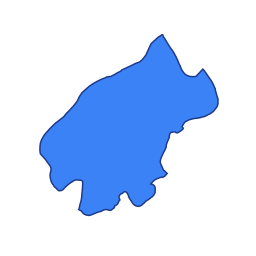 the district of Al Husha, Al Dali', Yemen, rotated 218°
{"feature_id": "15242507B64675128593967", "entity_name": "Al Husha", "entity_type": "district", "adm_level": 2, "iso_a3": "YEM", "parent_name": "Yemen", "parent_adm1": "Al Dali'", "projection": "natural_earth1", "projection_center": [44.455, 13.752], "detail": "fine", "context": "isolated", "style": "filled", "palette": "blue", "viewbox_px": 256, "rotation_deg": 218, "n_neighbors": 0, "source": "geoboundaries", "source_scale": "gbopen_adm2", "svg_char_len": 5667}
<svg xmlns="http://www.w3.org/2000/svg" viewBox="0 0 256 256"><g transform="rotate(218 128 128)"><path d="M109.3,33.2L107.2,33.8L104.8,35.1L103.1,37.5L99.9,43.2L97.9,45.7L97.4,47.0L97.1,47.8L96.7,48.4L95.8,49.6L94.7,50.6L94.1,50.9L92.7,51.3L91.6,52.1L90.9,52.4L90.1,55.3L89.8,56.0L89.8,57.2L90.3,57.6L90.5,58.5L90.1,59.1L89.8,59.9L89.4,61.3L89.4,62.1L89.7,62.8L89.8,63.7L90.2,64.4L90.2,64.6L90.0,65.3L90.0,65.7L90.0,66.1L90.1,66.3L90.4,66.6L90.7,66.8L91.3,67.0L91.6,67.1L92.0,67.4L92.5,68.0L92.9,68.7L93.2,69.4L93.2,69.9L93.2,70.6L93.0,71.4L92.8,72.1L92.4,72.7L92.1,73.4L92.1,74.1L92.0,74.8L91.6,75.5L91.1,75.9L90.4,76.3L89.7,76.5L89.0,76.4L88.5,76.1L88.3,75.9L88.1,75.9L87.4,75.7L86.8,75.4L86.1,75.0L85.6,74.6L84.9,74.1L83.6,73.5L82.9,73.3L82.2,73.0L81.4,72.7L80.8,72.6L79.3,72.0L77.2,71.4L76.5,71.3L75.2,71.3L74.5,71.5L73.7,71.5L73.0,71.9L72.3,72.2L71.7,72.6L71.1,73.0L70.7,73.7L70.3,74.3L70.0,75.1L69.7,75.8L69.4,77.5L69.2,78.2L69.0,79.8L69.0,80.6L68.8,81.5L68.6,82.3L68.0,83.7L67.7,84.4L67.6,85.2L67.3,85.9L67.2,86.7L66.7,88.2L66.6,88.9L66.5,89.8L66.4,90.7L66.5,91.4L66.6,91.6L66.6,92.6L66.9,93.8L68.4,95.9L69.4,97.2L70.5,98.2L71.2,98.6L72.7,98.8L73.6,98.7L75.1,98.3L75.6,98.0L75.6,98.8L75.5,99.7L75.4,101.2L75.1,102.7L75.0,103.5L74.7,104.3L74.4,105.0L73.7,106.3L73.2,107.0L72.9,107.7L72.1,108.9L71.6,109.5L70.3,110.5L69.6,112.0L69.3,113.3L69.2,114.7L69.1,116.3L71.5,116.5L72.2,116.7L72.8,116.8L73.2,116.8L73.7,116.6L74.1,116.7L74.5,116.8L74.8,117.0L75.6,117.5L79.1,119.3L81.2,120.6L81.6,121.1L82.5,122.3L83.3,124.2L83.5,125.3L83.7,125.5L84.1,127.2L84.9,130.6L85.3,133.2L85.9,135.7L86.5,136.9L87.3,138.1L88.0,139.9L88.6,141.9L89.7,146.1L90.3,146.8L90.9,147.8L91.3,148.7L91.5,149.6L91.5,150.8L91.0,151.4L90.2,152.4L89.6,153.0L88.6,153.8L87.1,154.0L86.2,154.4L85.8,155.0L84.5,158.5L84.2,159.9L84.1,161.4L84.4,161.9L85.8,162.2L86.1,162.2L86.3,162.5L86.6,164.3L86.8,167.0L86.8,167.6L86.6,168.4L86.2,169.3L84.7,172.4L81.4,176.6L80.4,177.5L80.1,177.7L79.7,178.1L79.3,178.5L78.9,179.0L78.6,179.5L77.6,180.4L77.3,180.9L76.8,181.6L76.4,182.2L75.9,182.9L75.5,183.2L75.1,183.7L74.4,184.9L74.1,185.4L73.8,186.1L73.3,187.2L73.1,187.7L72.5,188.9L72.2,189.5L72.0,190.1L71.8,190.7L71.5,191.4L71.4,192.0L71.2,192.6L70.9,193.8L70.9,196.4L70.9,197.0L70.9,198.9L71.0,199.7L71.2,200.4L71.6,201.5L71.9,202.1L72.2,202.7L72.8,203.6L73.2,204.0L73.7,204.5L74.0,204.9L74.7,206.0L74.8,206.0L75.3,206.5L75.8,206.8L77.1,207.7L78.3,208.5L78.8,208.9L80.0,209.8L80.7,210.3L82.1,211.3L82.6,211.8L83.1,212.4L83.7,212.8L84.3,213.1L84.9,213.3L86.8,214.4L87.4,214.7L88.0,215.0L89.2,215.7L94.0,217.3L103.4,220.2L105.3,220.5L106.1,211.5L106.2,211.0L106.4,210.3L106.9,209.8L107.7,209.1L108.5,208.4L109.4,207.7L109.5,207.6L109.9,207.4L112.1,206.3L112.4,206.2L113.0,206.0L113.9,205.8L115.0,205.6L115.9,205.6L116.8,205.6L117.7,205.8L118.6,206.0L119.5,206.3L120.5,206.6L121.4,206.9L122.2,207.3L123.9,208.3L124.7,208.8L125.6,209.3L126.5,209.6L128.3,210.6L129.2,211.2L132.1,212.7L133.0,213.1L133.8,213.6L134.8,214.0L137.9,215.4L140.6,216.4L141.7,216.7L142.6,216.9L144.4,217.4L145.3,217.8L146.3,218.1L147.2,218.4L148.9,219.1L149.9,219.4L152.6,220.5L154.4,221.2L155.3,221.4L156.3,221.7L157.1,222.2L158.1,222.8L158.6,222.4L159.2,220.6L160.1,218.4L160.4,216.3L161.6,209.5L161.6,208.1L158.8,196.4L158.8,190.7L159.5,187.2L162.3,182.7L163.3,180.3L168.7,169.8L168.6,169.2L168.8,168.3L169.1,167.4L169.5,166.7L169.9,166.0L170.3,165.2L170.9,163.6L171.2,162.8L171.3,162.1L171.7,161.5L172.3,160.2L172.6,159.6L172.9,158.8L173.1,158.1L173.8,157.6L174.3,157.1L174.9,156.5L175.3,155.7L175.7,155.6L176.2,155.1L176.5,154.4L176.7,153.7L177.5,152.5L178.3,151.2L179.7,148.5L180.0,147.8L180.3,147.1L181.1,145.7L181.3,145.0L181.6,144.3L181.9,143.7L182.4,142.4L183.0,140.8L183.5,139.4L183.7,138.7L184.0,137.9L184.4,136.3L184.5,135.6L184.8,134.1L184.9,133.3L185.3,131.6L185.4,130.8L185.7,129.1L186.0,127.4L185.9,126.7L185.9,126.0L185.8,125.1L185.8,124.3L185.7,123.3L185.6,122.6L185.4,121.8L185.1,120.3L184.9,119.6L184.7,118.9L184.5,116.6L184.5,115.7L184.5,114.9L184.5,113.4L184.6,112.5L184.5,111.8L184.6,110.8L184.6,110.0L184.8,109.3L184.8,108.4L184.9,106.9L185.0,106.1L185.1,104.5L185.3,103.6L185.3,102.9L185.5,102.1L185.6,101.3L185.5,100.6L185.6,99.8L185.5,97.8L187.4,89.8L188.1,87.7L188.2,86.9L188.3,86.0L188.4,85.2L188.6,84.5L188.6,83.8L188.7,83.1L188.8,82.3L188.9,81.6L189.0,80.7L189.1,80.0L189.2,79.0L189.3,77.3L189.5,74.4L189.6,73.7L189.6,72.9L189.6,70.3L189.5,69.6L189.4,68.9L189.3,68.1L189.2,67.4L189.0,66.6L188.9,65.8L188.7,65.0L188.5,64.2L188.2,63.5L187.9,62.7L187.6,61.9L185.8,59.0L185.4,58.4L184.9,57.9L184.5,57.5L184.1,56.6L181.2,53.7L173.3,52.3L169.9,51.2L165.6,50.1L165.3,49.8L164.1,49.0L163.6,48.5L163.1,48.0L162.7,47.4L162.4,46.7L161.0,43.7L160.5,43.1L160.1,42.4L159.6,41.9L158.5,40.9L158.0,40.4L157.4,40.0L156.8,39.5L156.1,38.9L155.4,38.5L154.9,38.2L154.0,37.8L152.8,37.4L152.1,37.2L150.9,36.8L150.3,36.5L149.7,36.3L149.0,36.4L148.2,36.4L147.6,36.3L146.8,36.2L146.1,36.1L145.3,36.0L144.7,36.0L144.0,36.1L143.4,36.3L142.1,37.6L141.7,38.4L141.4,39.1L141.2,39.9L141.0,42.9L140.9,43.7L140.5,45.2L140.4,46.0L140.3,46.8L140.1,47.5L139.9,48.3L139.6,49.2L139.4,50.0L138.8,51.5L138.3,53.1L137.9,53.9L137.4,54.5L137.0,55.1L136.5,55.5L135.9,55.9L135.3,56.2L134.8,56.6L134.0,57.1L133.4,57.5L132.8,57.8L132.2,58.1L131.6,58.2L130.9,57.8L130.4,57.4L129.3,56.1L128.8,55.5L128.4,54.7L128.0,54.1L127.5,53.5L127.0,52.9L126.6,52.2L126.2,51.6L125.4,50.3L124.0,48.1L122.7,46.0L122.3,45.5L121.1,43.6L120.8,42.9L120.3,42.0L120.0,41.4L119.5,40.0L119.2,39.2L118.2,37.1L117.7,35.9L117.5,35.5L116.7,34.2L116.6,33.4L115.1,33.6L114.0,33.8L113.0,33.7L111.7,33.3L110.8,33.2L109.3,33.2Z" fill="#3b82f6" stroke="#1e3a8a" stroke-width="1.5"/></g></svg>